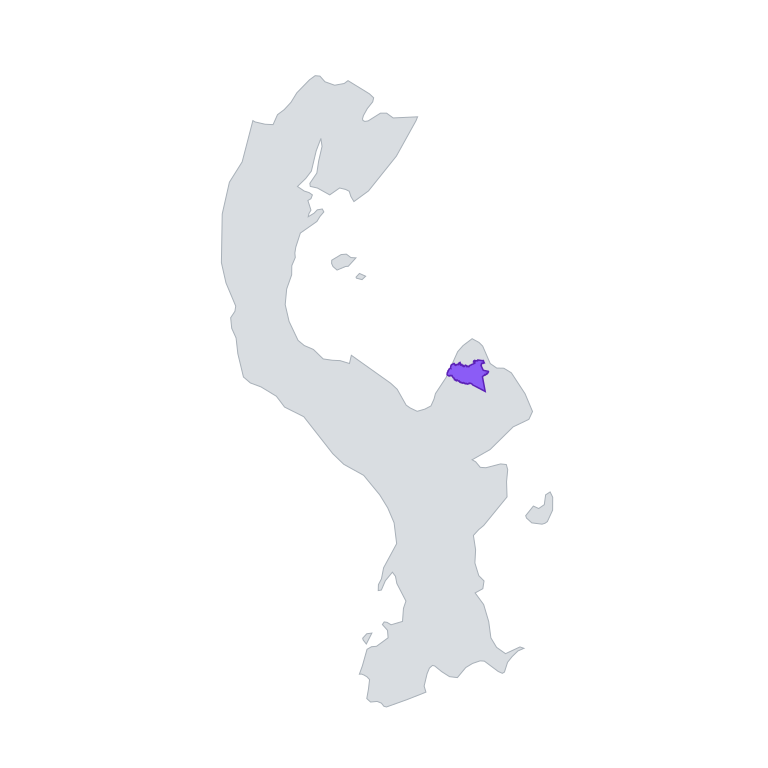 Las Tablas, Los Santos, Panama (highlighted), rotated 249°
{"feature_id": "35544464B24860146435947", "entity_name": "Las Tablas", "entity_type": "district", "adm_level": 2, "iso_a3": "PAN", "parent_name": "Panama", "parent_adm1": "Los Santos", "projection": "albers", "projection_center": [-80.265, 7.651], "detail": "fine", "context": "in_parent", "style": "filled", "palette": "violet", "viewbox_px": 768, "rotation_deg": 249, "n_neighbors": 0, "source": "geoboundaries", "source_scale": "gbopen_adm2", "svg_char_len": 7542}
<svg xmlns="http://www.w3.org/2000/svg" viewBox="0 0 768 768"><g transform="rotate(249 384 384)"><path d="M676.9,356.0L674.9,357.5L669.1,366.1L665.9,373.4L673.6,381.1L675.9,389.2L680.3,398.1L687.1,407.0L694.7,423.5L696.5,430.2L694.4,434.5L687.3,437.2L680.6,445.0L678.8,454.5L680.1,459.1L660.1,474.4L654.9,476.9L651.5,474.6L647.1,467.1L642.0,461.0L639.2,458.9L637.6,458.8L636.0,460.2L635.3,463.5L638.1,477.7L635.9,483.5L629.1,487.9L621.4,511.1L618.3,508.2L592.3,477.2L569.8,438.7L565.1,421.3L570.8,420.3L576.4,420.6L579.4,417.9L582.9,412.8L580.0,401.1L590.8,392.1L594.9,386.0L597.9,386.7L605.0,396.9L615.4,402.8L628.0,411.3L635.9,413.1L625.9,404.2L608.8,392.5L604.0,384.7L599.4,374.0L592.7,378.7L589.6,382.6L586.2,384.9L583.2,382.2L582.6,378.7L572.5,378.1L569.9,374.9L567.3,373.2L568.5,379.9L570.5,384.1L569.5,389.1L566.2,389.5L563.4,384.3L559.8,379.6L554.9,360.0L543.4,350.7L538.2,347.7L533.9,346.5L527.5,340.3L519.0,336.9L507.6,327.2L493.5,320.2L476.4,317.8L455.5,319.4L448.5,323.3L443.8,328.2L441.5,330.5L429.2,336.2L424.6,344.4L421.6,351.3L415.5,359.1L422.5,363.8L382.3,390.5L374.4,394.4L356.3,397.1L352.2,399.9L346.6,405.2L345.9,413.2L346.7,420.0L352.0,425.3L356.6,428.6L367.9,444.4L387.8,464.4L391.6,471.7L394.7,482.5L388.7,487.6L384.0,489.7L365.0,490.5L358.5,494.9L355.8,501.5L348.8,506.9L324.3,512.2L305.1,512.8L299.1,506.6L297.7,489.2L284.8,459.6L281.7,439.1L278.5,441.7L271.7,444.0L269.3,449.1L267.6,464.2L265.0,469.3L259.7,468.8L248.9,463.4L234.5,458.4L216.2,426.4L214.2,420.4L210.6,413.2L196.4,410.1L184.3,404.7L171.1,403.8L164.3,406.8L157.5,402.9L156.3,394.2L142.4,398.0L124.6,396.6L108.7,392.8L97.8,394.7L88.7,400.8L89.8,416.7L87.1,419.9L86.8,413.4L83.6,405.9L79.9,399.6L71.9,393.2L71.5,390.8L74.7,387.6L89.3,378.4L91.1,374.5L91.4,366.5L90.0,358.7L83.6,347.3L87.3,340.3L94.9,334.7L102.6,330.3L103.9,328.4L102.5,324.6L98.1,320.4L87.6,313.2L81.3,312.7L81.1,292.3L81.6,270.6L83.2,268.4L87.0,267.2L90.1,263.9L91.9,257.5L96.5,255.2L104.8,260.2L113.2,264.6L116.7,263.2L119.4,261.1L121.3,259.0L121.9,257.0L128.6,262.8L142.4,273.1L143.2,278.2L141.8,283.0L145.6,296.9L152.8,299.0L160.0,296.3L161.8,298.9L160.4,301.4L156.7,304.3L155.7,316.2L167.6,321.8L173.5,326.7L193.1,324.5L200.4,325.8L205.3,324.4L199.9,314.8L192.6,307.7L193.2,304.6L198.7,306.9L203.0,311.8L212.6,317.8L230.4,338.6L250.8,343.7L267.0,343.1L282.0,340.3L306.0,332.3L323.4,317.7L337.3,311.2L382.2,297.4L398.1,282.9L404.8,281.0L411.2,279.1L425.3,268.2L432.9,259.6L440.9,255.3L464.6,258.4L480.0,262.4L490.6,261.8L500.8,264.6L505.3,270.9L509.9,273.5L535.0,272.7L555.6,275.7L600.7,293.9L627.8,312.0L642.2,331.2L676.9,356.0ZM223.7,500.4L217.8,500.9L205.8,496.2L197.0,487.2L196.3,484.3L196.5,481.3L201.4,472.2L207.8,469.0L210.3,469.1L216.5,479.7L212.3,483.8L213.9,490.4L222.6,495.2L223.7,500.4ZM513.9,398.4L511.8,403.0L506.7,392.8L507.5,390.2L507.2,381.0L511.9,378.5L515.4,378.3L518.3,379.6L520.2,390.4L518.7,395.4L513.9,398.4ZM157.0,278.4L155.8,283.4L147.6,274.3L152.5,272.8L154.3,273.0L157.0,278.4ZM496.0,400.7L491.2,405.5L489.3,400.9L492.7,396.2L493.8,396.2L496.0,400.7Z" fill="#d9dde1" stroke="#a8b0b8" stroke-width="1"/><path d="M353.8,463.8L353.8,464.0L354.0,464.0L353.8,464.4L354.0,464.5L353.9,464.7L353.5,465.2L353.3,465.4L353.3,465.5L352.9,465.8L352.7,465.9L352.5,466.1L351.3,466.5L340.8,475.8L355.5,478.5L356.2,480.1L356.1,480.3L356.1,480.5L356.1,480.9L356.1,481.0L356.4,481.3L356.0,481.4L356.0,481.5L356.2,481.9L356.2,482.1L356.4,482.2L356.5,482.5L356.4,482.7L356.5,482.9L356.4,483.1L356.6,483.4L356.5,483.5L356.6,483.4L356.7,483.8L356.9,483.8L356.7,484.0L356.9,484.1L356.9,484.4L356.9,484.5L357.0,484.5L357.2,484.9L357.4,485.1L357.4,485.3L357.9,485.9L358.2,486.0L358.4,486.0L361.2,481.6L366.4,481.2L366.8,481.5L366.9,481.8L367.2,481.9L367.3,481.8L367.7,482.0L367.8,482.4L367.9,482.6L368.0,482.5L368.3,482.6L368.3,482.8L368.2,483.1L368.2,483.3L368.1,483.5L367.9,483.7L367.8,483.9L367.7,484.0L367.9,484.4L367.9,484.5L368.3,484.6L368.1,484.7L367.9,484.9L368.0,485.0L367.9,485.2L368.0,485.2L368.4,485.1L368.5,485.1L368.4,485.0L368.7,484.9L369.0,485.1L369.4,485.1L370.0,485.2L370.4,485.0L370.3,484.8L370.3,484.6L372.7,480.4L372.2,480.0L372.2,479.9L372.5,479.7L372.2,479.4L372.6,478.7L372.6,478.4L372.6,478.1L372.8,478.0L372.8,477.8L372.7,477.6L372.8,477.6L373.0,477.6L373.3,477.4L373.3,477.2L373.5,477.1L373.4,476.9L373.4,476.6L373.4,476.4L373.2,476.2L373.3,476.1L373.1,475.9L373.0,475.7L372.5,475.5L372.5,475.8L372.6,476.0L372.2,476.2L371.9,476.2L371.5,476.3L371.4,476.2L371.3,476.3L371.1,476.4L370.9,476.3L370.7,473.4L370.8,473.0L370.8,472.7L370.7,472.6L370.6,472.4L370.6,472.0L370.6,471.9L370.5,471.7L370.6,471.4L370.5,471.0L370.6,470.8L370.5,470.6L369.9,469.8L369.8,469.5L369.9,469.4L370.0,469.4L370.1,469.2L370.4,469.1L370.5,468.8L370.5,468.7L370.4,468.7L370.5,468.6L370.4,468.5L370.5,468.0L370.4,467.9L370.5,467.6L370.8,467.7L371.0,467.6L371.3,467.7L371.5,467.5L371.9,467.3L372.0,467.2L372.3,467.0L372.3,466.9L372.4,466.6L372.1,466.3L372.0,466.1L371.9,466.0L371.9,465.9L371.8,465.5L371.7,465.4L372.0,465.2L371.8,465.1L371.9,464.9L371.8,464.7L372.0,464.6L371.9,464.5L372.0,464.4L372.1,464.2L372.3,464.2L372.6,464.1L372.8,464.0L373.2,463.9L373.4,464.0L373.4,463.8L373.4,463.7L373.6,463.7L373.6,463.4L374.1,463.4L374.1,463.2L374.0,463.3L374.0,463.1L374.2,462.9L374.3,462.8L374.3,462.7L374.4,462.8L374.4,462.7L374.5,462.6L374.6,462.4L374.8,462.3L375.1,462.4L375.5,462.7L376.9,462.7L376.8,462.1L376.7,461.9L376.4,461.5L376.5,461.2L375.6,460.9L375.5,460.7L375.4,460.4L375.6,460.2L375.7,459.8L375.7,459.7L376.0,459.6L375.9,459.4L376.1,459.1L376.1,458.7L376.0,458.4L375.7,458.0L375.8,457.9L375.8,457.5L376.1,457.5L376.3,457.5L376.3,457.3L376.1,457.2L376.3,457.0L376.8,457.0L377.1,457.1L377.4,456.8L377.7,456.9L378.0,456.9L378.1,456.6L377.8,456.4L377.8,456.2L378.0,455.8L377.9,455.5L377.8,454.8L377.9,454.5L377.7,454.1L377.7,453.9L377.7,453.7L377.4,453.4L377.0,453.2L376.9,453.1L377.0,453.0L376.5,452.6L376.1,452.4L375.5,452.0L375.2,451.9L374.9,451.9L375.1,451.7L374.8,451.4L374.8,451.2L374.6,450.7L374.7,450.3L374.1,449.9L374.1,449.6L374.0,449.4L373.8,449.2L373.6,449.0L373.1,448.7L372.9,448.4L373.0,448.3L372.6,448.1L372.5,447.9L372.4,447.8L371.9,447.5L371.8,447.3L371.9,447.2L371.7,447.0L371.5,446.9L371.1,446.7L370.3,446.3L369.6,446.4L369.3,446.6L369.1,446.8L369.0,447.0L368.8,447.1L368.6,447.4L368.4,447.4L368.3,447.5L368.1,447.6L368.0,448.1L368.3,448.6L368.2,449.1L367.9,449.2L367.9,449.3L367.6,449.6L367.8,449.9L367.6,450.3L367.6,450.5L367.3,450.6L365.7,450.7L365.0,450.9L364.9,450.9L364.7,451.1L364.6,451.4L364.4,451.5L364.0,451.5L363.8,451.4L363.6,451.4L363.1,451.5L362.9,451.3L362.7,451.3L362.5,451.7L362.4,451.8L362.0,452.0L362.3,452.5L362.0,452.7L361.9,452.8L361.6,452.9L361.5,453.1L361.2,453.0L361.3,453.3L361.5,453.3L361.5,453.7L361.3,453.7L361.1,453.8L360.9,454.0L360.6,454.1L360.4,454.4L360.2,454.4L360.0,454.6L360.0,454.8L360.1,455.0L360.0,455.3L359.5,455.4L359.4,455.2L359.2,455.2L359.0,455.3L358.9,455.5L358.6,455.4L358.4,455.6L358.5,455.9L358.5,456.0L358.4,456.1L358.2,456.0L357.9,456.5L357.7,456.4L357.6,456.6L357.4,456.7L357.4,457.0L357.2,457.2L357.1,457.3L356.9,457.4L356.8,457.6L356.7,457.7L356.8,457.8L356.7,457.9L356.9,458.2L356.9,458.4L356.7,458.4L356.5,458.5L356.4,458.5L356.2,459.0L356.2,459.3L355.9,459.4L355.6,459.4L355.5,459.6L355.3,459.8L355.3,460.1L355.2,460.2L355.0,460.3L355.1,460.6L354.8,460.6L354.7,460.7L354.7,461.0L354.7,461.3L354.5,461.5L354.3,461.6L354.3,461.8L354.2,462.0L353.9,462.1L353.9,462.7L353.9,463.0L354.0,463.2L354.1,463.4L354.0,463.5L353.9,463.6L353.8,463.8Z" fill="#8b5cf6" stroke="#5b21b6" stroke-width="1.5"/></g></svg>